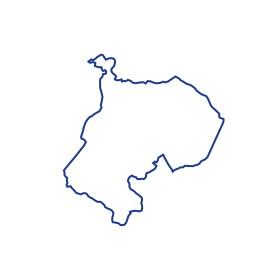 Itaboraí, Rio de Janeiro, Brazil (Equal Earth projection), rotated 55°
{"feature_id": "56859067B95798270573733", "entity_name": "Itaboraí", "entity_type": "district", "adm_level": 2, "iso_a3": "BRA", "parent_name": "Brazil", "parent_adm1": "Rio de Janeiro", "projection": "equal_earth", "projection_center": [-42.864, -22.756], "detail": "fine", "context": "isolated", "style": "outline", "palette": "blue", "viewbox_px": 256, "rotation_deg": 55, "n_neighbors": 0, "source": "geoboundaries", "source_scale": "gbopen_adm2", "svg_char_len": 3073}
<svg xmlns="http://www.w3.org/2000/svg" viewBox="0 0 256 256"><g transform="rotate(55 128 128)"><path d="M116.4,57.9L113.0,59.6L113.0,62.3L112.9,65.5L112.9,68.1L112.2,71.0L110.4,72.5L109.8,74.7L108.9,77.2L107.2,79.6L105.5,81.0L102.6,82.9L100.8,85.0L101.6,88.0L99.4,89.1L98.3,90.7L97.0,93.4L95.6,96.2L93.8,98.0L92.0,98.5L90.1,99.3L88.5,100.6L88.4,102.9L87.3,104.2L86.4,106.3L84.5,105.4L83.5,108.4L81.7,110.5L80.2,110.7L79.1,108.2L77.4,108.2L75.9,108.7L74.0,109.2L72.1,109.0L70.4,108.0L69.7,105.9L69.3,104.0L68.2,102.4L65.9,100.3L63.5,99.8L61.6,101.1L60.1,103.4L59.4,106.9L56.9,106.9L54.1,106.8L52.5,107.9L52.4,110.1L52.2,112.3L52.5,114.3L52.5,117.7L50.8,118.7L50.9,122.3L52.6,121.9L53.4,120.3L54.2,118.6L55.9,117.4L58.1,119.5L59.6,118.6L61.3,117.3L62.9,114.9L64.9,115.8L67.0,115.7L67.5,113.5L69.4,113.6L70.8,115.1L69.5,117.6L71.2,119.4L72.0,122.6L73.4,123.9L74.8,124.8L76.9,126.2L79.4,127.9L81.0,128.4L82.9,129.1L84.8,129.8L87.9,131.1L89.5,132.7L91.4,134.5L93.6,137.1L96.2,138.1L97.0,140.0L97.9,141.8L97.6,144.1L97.3,147.7L97.6,150.7L97.0,153.2L98.0,157.0L99.1,159.5L101.3,162.8L103.0,164.8L105.9,168.3L108.3,171.5L110.0,172.2L111.5,171.1L113.5,170.4L115.3,170.5L117.1,174.0L119.0,180.3L119.7,182.5L121.2,187.5L123.0,194.3L125.9,204.7L128.4,205.7L130.1,207.0L132.3,207.0L133.9,206.4L136.0,208.3L137.8,208.8L139.4,211.0L141.3,211.4L142.7,208.5L145.7,208.4L148.2,207.9L150.6,207.7L152.1,207.3L153.5,206.0L155.2,204.9L155.8,202.0L157.3,200.0L158.9,199.5L160.8,199.7L162.7,199.2L164.6,197.9L166.7,197.2L168.9,196.3L171.0,195.3L171.9,193.7L173.5,192.5L175.2,192.1L177.7,191.6L179.8,192.1L182.6,190.6L185.1,189.0L186.9,188.5L189.3,188.7L191.4,190.9L192.8,192.7L194.8,194.0L196.4,194.5L198.5,192.4L200.4,190.5L201.9,190.2L203.6,189.4L205.2,186.5L204.4,183.8L203.3,182.0L201.5,179.8L200.0,177.5L199.4,174.8L197.8,174.4L198.7,172.0L199.6,170.1L200.9,168.4L202.8,166.6L203.4,163.9L201.4,162.1L199.4,160.9L197.0,160.1L195.4,158.2L193.9,157.0L192.0,156.8L189.2,157.7L186.7,158.5L185.2,159.0L183.6,159.1L182.1,159.7L180.4,160.6L179.0,160.9L176.8,160.5L175.2,159.1L173.5,158.5L171.7,158.6L170.2,157.3L169.1,154.8L169.2,152.1L171.2,151.2L172.8,149.7L175.2,149.6L176.5,147.8L177.4,145.9L178.9,144.4L178.5,141.5L176.9,140.2L175.6,138.4L176.5,136.0L176.6,133.3L176.9,131.1L176.7,129.0L175.4,126.4L171.2,127.6L170.9,125.3L172.5,124.6L171.7,122.2L169.7,120.0L170.1,114.5L172.7,115.0L174.3,115.2L180.3,115.8L182.6,115.9L185.2,116.0L187.3,115.9L189.4,116.4L189.1,114.2L189.6,111.7L190.1,109.7L190.3,107.7L191.8,105.4L191.5,103.2L192.8,101.6L194.1,100.0L195.3,98.2L196.5,96.7L197.0,94.5L198.0,92.2L198.1,89.8L197.2,86.9L197.9,83.2L197.6,79.9L194.7,74.9L189.6,66.4L188.5,64.5L186.6,61.3L183.2,55.5L179.0,48.3L177.1,45.7L175.4,44.6L173.1,46.3L171.6,47.0L168.5,45.1L166.5,45.5L164.9,45.8L163.0,46.2L160.9,46.7L158.0,47.3L155.9,47.0L153.9,46.5L152.3,46.2L149.6,45.7L146.9,45.6L145.2,46.7L143.5,47.8L142.1,48.6L140.5,49.2L139.0,49.7L137.2,50.3L135.3,50.3L133.1,50.6L129.6,51.7L127.7,52.9L125.1,54.8L122.4,55.9L120.3,56.9L118.8,57.5L116.4,57.9Z" fill="none" stroke="#1e3a8a" stroke-width="2"/></g></svg>